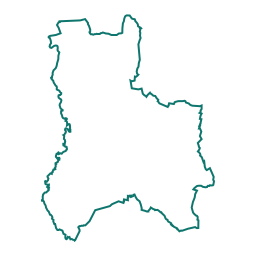 Marcos Castellanos, Michoacán, Mexico (Equal Earth projection)
{"feature_id": "50627088B85348734298248", "entity_name": "Marcos Castellanos", "entity_type": "district", "adm_level": 2, "iso_a3": "MEX", "parent_name": "Mexico", "parent_adm1": "Michoacán", "projection": "equal_earth", "projection_center": [-102.992, 20.05], "detail": "fine", "context": "isolated", "style": "outline", "palette": "teal", "viewbox_px": 256, "rotation_deg": 0, "n_neighbors": 0, "source": "geoboundaries", "source_scale": "gbopen_adm2", "svg_char_len": 5689}
<svg xmlns="http://www.w3.org/2000/svg" viewBox="0 0 256 256"><path d="M43.1,194.5L42.7,196.7L42.8,199.2L42.0,200.0L42.0,200.7L43.4,200.9L44.0,201.8L44.4,203.6L45.4,205.1L45.8,206.2L46.0,207.5L47.6,210.6L48.7,211.5L50.0,214.7L50.8,214.8L52.1,216.4L52.4,217.6L52.0,218.3L52.2,219.0L53.5,219.9L53.3,221.4L54.3,224.0L55.1,224.0L56.1,228.1L57.4,230.0L58.7,230.0L59.5,229.4L62.4,230.6L63.5,233.8L65.5,234.7L65.3,237.3L65.6,238.6L66.3,239.2L67.0,238.8L67.8,236.9L68.8,237.5L69.5,237.1L70.4,239.3L71.8,239.0L73.0,239.8L74.1,239.9L74.6,240.6L75.2,240.1L79.6,231.1L79.5,229.6L78.3,227.2L79.4,226.1L80.6,226.1L81.5,225.7L83.1,225.8L83.6,225.3L85.4,225.3L89.6,221.1L95.2,210.2L109.9,206.1L112.0,204.2L118.6,201.3L123.4,202.9L123.6,201.5L124.0,201.5L124.1,200.6L123.8,200.6L124.0,199.4L127.9,200.2L127.7,198.1L128.0,198.0L127.9,196.0L129.5,196.5L129.5,195.7L131.1,195.6L131.2,196.9L133.1,196.1L133.4,194.8L134.5,194.5L135.8,197.3L137.1,199.4L139.6,201.3L140.8,204.6L141.7,208.2L141.6,209.9L144.6,210.7L147.2,211.6L148.2,211.5L148.1,211.2L150.2,208.8L150.8,207.5L153.1,209.0L155.1,209.7L155.1,210.1L157.6,209.9L159.4,211.2L160.2,212.0L161.1,212.6L161.4,212.4L162.1,213.5L164.5,215.7L165.6,218.5L166.2,219.2L167.5,219.8L167.6,220.5L168.2,221.5L171.1,223.2L171.2,223.4L170.9,224.4L172.2,225.6L172.4,225.2L174.1,226.9L176.1,227.8L177.0,228.9L177.2,228.6L179.4,231.3L181.1,230.5L181.9,230.8L188.1,228.7L195.1,227.1L196.8,228.1L198.3,228.0L198.4,220.3L197.4,219.7L197.7,218.4L197.6,216.7L196.9,215.8L195.9,215.5L193.6,213.3L193.0,212.3L191.7,207.6L192.9,202.1L194.7,197.5L195.2,194.1L197.0,190.6L193.4,189.4L194.3,188.2L196.7,186.2L197.5,185.9L199.1,185.7L201.3,185.8L202.8,186.8L205.6,187.3L207.0,187.0L207.0,186.7L208.0,185.8L209.2,186.0L210.0,185.2L210.9,185.5L212.9,185.3L213.3,184.9L214.0,181.2L213.2,179.8L213.7,176.9L209.9,168.2L206.8,170.1L205.8,169.2L204.8,166.8L204.2,161.4L203.5,162.1L201.8,157.2L200.1,155.6L200.4,155.1L200.2,153.9L199.2,152.5L197.9,151.5L199.4,149.3L199.8,148.0L199.0,147.0L198.7,145.6L197.8,143.0L201.6,139.1L199.9,136.1L201.3,131.6L200.0,128.5L199.0,128.5L200.0,125.8L199.4,125.9L200.4,123.3L200.6,123.2L200.7,122.1L201.4,119.2L199.9,118.9L200.6,115.5L201.6,113.6L199.6,112.9L200.6,111.9L200.6,110.5L201.6,109.0L201.6,105.5L199.9,106.2L192.5,105.7L191.2,105.3L189.7,104.5L188.9,103.5L185.9,102.5L185.4,101.2L184.5,100.8L182.9,101.1L178.4,101.1L175.7,101.8L174.7,102.2L173.9,104.0L169.1,103.3L168.6,105.1L168.7,105.5L167.9,106.6L167.4,106.5L167.4,106.8L159.3,103.3L158.3,101.6L157.7,101.3L158.3,99.9L156.7,98.3L155.3,96.0L153.3,95.7L151.2,93.8L150.5,93.6L150.0,92.7L147.6,95.0L146.4,96.8L145.7,95.9L144.5,95.4L142.8,93.7L141.6,88.6L138.4,89.4L131.8,88.3L130.5,80.6L131.7,81.3L134.6,80.6L134.9,76.6L135.8,76.9L137.4,75.7L138.3,74.7L137.6,74.3L137.0,73.3L136.7,71.3L137.4,68.4L138.5,66.7L138.8,63.2L139.8,59.8L138.4,44.3L139.8,39.8L140.5,38.4L140.5,37.7L140.0,35.6L140.3,32.9L139.8,31.6L140.3,29.5L140.0,28.7L141.1,28.3L140.7,27.8L138.1,26.3L137.8,24.3L136.7,22.6L135.3,21.1L135.1,20.0L134.6,19.1L133.4,19.1L131.8,18.5L129.7,15.5L126.8,15.4L125.6,15.9L125.0,16.7L124.3,18.6L123.8,21.3L122.9,23.4L122.4,28.4L122.3,32.8L121.3,33.3L118.9,33.5L116.7,35.0L111.4,35.0L108.5,33.7L105.9,33.5L102.9,32.5L101.9,33.0L100.6,33.2L99.8,34.0L97.5,34.0L96.6,33.8L96.0,34.1L94.8,34.1L93.2,34.7L92.0,34.2L91.0,34.3L89.9,33.3L89.5,32.2L90.1,31.9L90.2,30.7L90.2,29.5L88.9,25.7L88.2,24.6L87.9,23.8L88.0,23.0L85.1,19.1L80.2,20.4L59.6,21.3L59.7,22.1L58.6,22.3L57.0,25.0L58.6,27.7L60.6,33.3L55.8,35.0L50.1,35.9L48.8,36.6L48.6,37.2L48.8,37.6L49.8,38.0L50.7,40.4L51.1,43.1L50.0,44.8L49.6,46.6L50.3,47.6L51.5,47.9L54.1,45.9L55.7,45.5L56.9,45.7L57.4,46.1L57.7,46.8L57.7,48.8L57.5,49.9L57.8,50.8L59.3,52.4L58.4,55.7L58.3,59.1L57.1,63.3L56.7,65.7L56.2,67.1L55.7,68.2L53.5,70.4L52.6,73.0L52.7,74.7L52.0,76.4L52.0,77.4L51.1,77.7L51.1,78.0L51.5,78.9L52.2,79.4L52.5,80.2L53.2,80.6L53.7,82.5L55.7,85.7L56.6,86.3L56.9,87.6L56.7,88.9L56.8,89.5L59.3,90.7L60.3,92.4L61.2,93.0L61.2,94.0L60.2,95.0L59.4,95.0L58.6,95.3L58.4,96.5L58.7,97.7L59.5,98.5L60.9,99.3L61.4,100.2L61.0,102.0L59.8,104.1L59.6,105.2L60.4,108.0L61.0,108.8L62.7,110.1L62.6,110.6L61.3,110.9L61.1,111.3L61.1,113.3L62.1,115.6L62.4,117.1L63.0,118.0L64.4,118.7L65.4,118.2L66.4,118.4L66.8,118.7L66.8,119.2L65.7,120.0L65.5,120.9L66.3,121.0L67.0,122.0L67.2,124.1L67.0,125.4L69.0,124.0L69.6,124.3L69.9,125.1L70.1,127.7L69.7,129.1L70.3,129.3L70.4,129.7L70.3,131.1L70.4,131.7L70.0,131.9L69.3,131.7L68.7,131.0L67.8,129.3L66.4,128.4L65.5,128.5L65.1,129.2L65.1,130.2L65.9,131.1L65.7,132.7L64.9,133.5L64.4,134.7L63.5,135.1L64.1,135.6L64.2,136.5L63.9,138.9L64.8,139.8L65.2,141.5L64.9,142.0L65.0,142.5L64.5,143.2L64.8,143.7L64.7,144.1L63.9,144.3L63.3,144.1L63.3,144.9L63.5,145.5L64.4,145.7L65.2,146.6L65.7,146.5L66.1,147.0L66.7,147.2L66.6,147.8L67.0,149.0L66.7,149.7L65.9,150.4L65.7,151.0L63.6,151.8L62.7,152.5L61.7,153.7L60.5,153.3L59.0,154.0L58.7,152.6L58.4,152.4L58.0,152.9L57.7,153.9L56.6,153.8L55.9,156.0L55.9,156.8L57.8,159.1L58.0,158.9L57.5,158.2L57.7,157.9L59.3,157.9L59.5,158.4L59.2,158.7L59.4,159.7L58.4,160.2L58.1,160.8L57.9,161.8L57.4,162.0L57.2,162.4L56.7,162.5L55.5,163.2L55.5,163.8L56.1,164.3L55.6,164.9L55.7,166.8L55.1,167.6L55.2,168.3L54.6,168.5L54.6,168.9L55.0,169.3L53.8,169.8L53.4,169.7L52.8,171.0L52.8,171.9L52.2,172.1L52.0,172.9L51.5,173.1L51.6,173.8L50.4,173.4L47.5,176.3L47.7,177.4L48.4,178.4L48.0,180.2L46.7,181.8L46.2,181.7L45.5,181.1L45.1,181.3L45.4,183.8L45.8,184.2L48.1,184.8L48.9,184.6L48.9,185.2L48.3,185.5L48.2,186.0L47.6,186.3L47.1,187.0L47.7,187.5L48.3,187.5L48.8,187.1L49.1,187.4L49.1,187.8L48.3,188.9L48.3,189.4L48.8,189.9L48.6,190.3L46.9,191.7L46.4,192.4L44.7,192.6L43.1,194.5Z" fill="none" stroke="#0f766e" stroke-width="2"/></svg>